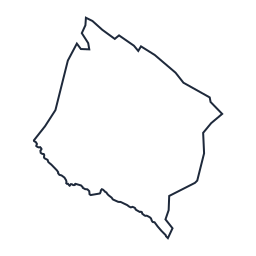 the district of Bath, Virginia, United States of America, rotated 273°
{"feature_id": "52423323B67165300016229", "entity_name": "Bath", "entity_type": "district", "adm_level": 2, "iso_a3": "USA", "parent_name": "United States of America", "parent_adm1": "Virginia", "projection": "orthographic", "projection_center": [-79.859, 38.055], "detail": "fine", "context": "isolated", "style": "outline", "palette": "slate", "viewbox_px": 256, "rotation_deg": 273, "n_neighbors": 0, "source": "geoboundaries", "source_scale": "gbopen_adm2", "svg_char_len": 1674}
<svg xmlns="http://www.w3.org/2000/svg" viewBox="0 0 256 256"><g transform="rotate(273 128 128)"><path d="M53.8,124.4L50.9,131.4L49.8,132.9L48.9,134.8L49.0,135.4L49.5,136.6L49.0,138.1L48.4,139.2L47.9,139.6L47.3,139.7L46.7,140.3L44.8,144.1L44.8,144.5L45.1,145.2L44.6,146.3L43.2,146.7L41.5,149.1L41.2,150.0L41.4,151.1L41.1,152.1L40.0,154.4L38.9,155.7L36.7,156.6L35.5,157.5L35.3,158.1L35.4,158.7L35.2,159.5L31.3,162.7L27.1,166.7L22.9,171.3L21.9,171.6L20.1,173.6L30.2,177.7L38.7,170.2L48.1,172.9L62.3,172.7L76.7,197.7L79.1,199.9L106.7,205.3L127.1,203.3L137.2,210.8L147.0,221.3L158.3,209.1L162.8,208.0L176.1,181.0L185.7,172.6L202.3,150.9L210.2,136.7L205.5,134.2L210.5,129.6L220.0,114.2L216.3,110.1L224.7,97.2L233.0,86.9L235.9,80.2L228.4,80.1L220.3,76.9L210.7,83.8L204.5,85.2L204.4,76.8L209.6,72.5L192.2,64.4L142.1,54.6L125.5,45.1L110.8,34.7L110.0,34.9L109.0,36.8L107.3,37.9L105.3,37.3L104.5,38.3L104.0,39.7L104.0,40.3L104.3,41.2L103.5,42.1L102.6,42.7L102.2,42.7L100.7,41.7L98.7,42.1L98.0,43.0L97.6,44.2L97.6,45.1L97.3,45.5L96.4,45.8L94.5,45.6L93.8,45.9L93.3,46.4L92.0,49.3L89.7,50.3L87.3,53.5L82.0,59.2L80.2,60.6L79.4,60.5L78.9,60.8L77.6,62.0L77.5,62.6L77.4,63.0L77.2,64.1L75.2,67.1L72.6,68.9L70.9,69.4L69.7,69.2L69.0,70.1L69.1,71.0L68.8,71.2L67.3,72.7L67.4,72.9L68.9,73.8L68.9,74.9L68.2,76.1L68.1,77.1L68.5,78.0L69.1,78.0L69.4,78.2L69.5,78.4L68.2,84.1L66.6,85.8L65.9,86.0L64.7,88.4L64.7,88.6L64.6,90.7L62.9,92.6L59.8,93.1L59.1,94.3L61.1,103.2L61.4,103.5L62.7,104.0L64.3,104.2L65.5,105.1L65.1,106.2L63.9,107.7L62.9,108.7L62.7,109.3L62.5,109.8L61.3,110.6L59.9,112.0L57.6,115.3L56.0,116.5L55.7,117.0L53.7,122.2L53.8,124.4Z" fill="none" stroke="#1e293b" stroke-width="2"/></g></svg>